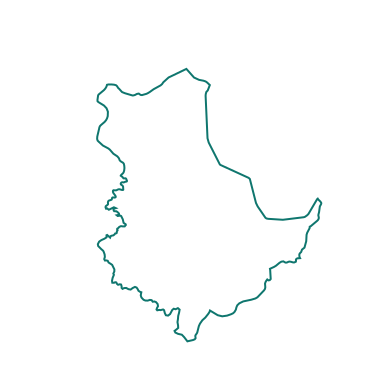 outline of Tambacounda, rotated 64°
{"feature_id": "SEN-779", "entity_name": "Tambacounda", "entity_type": "Region", "adm_level": 1, "iso_a3": "SEN", "parent_name": "Senegal", "parent_adm1": "", "projection": "natural_earth1", "projection_center": [-13.251, 14.045], "detail": "fine", "context": "isolated", "style": "outline", "palette": "teal", "viewbox_px": 384, "rotation_deg": 64, "n_neighbors": 0, "source": "natural_earth", "source_scale": "10m", "svg_char_len": 5083}
<svg xmlns="http://www.w3.org/2000/svg" viewBox="0 0 384 384"><g transform="rotate(64 192 192)"><path d="M291.3,115.3L292.0,118.4L293.8,120.2L294.3,121.7L295.0,122.8L296.4,123.5L297.8,123.9L298.8,123.9L298.3,125.2L297.9,126.0L297.8,126.7L298.0,127.8L298.6,128.4L299.5,128.7L300.2,129.3L300.1,131.1L299.6,132.0L297.9,133.9L297.2,135.0L297.0,136.1L297.0,137.4L296.7,138.5L296.1,139.2L294.4,140.3L293.8,142.2L294.0,144.4L295.1,148.9L295.3,151.1L295.2,155.6L296.3,155.9L304.7,159.4L305.3,160.8L304.9,162.1L303.6,162.7L304.3,164.1L305.2,165.4L306.3,166.5L309.8,167.9L311.1,168.9L312.0,170.4L315.3,179.3L315.5,181.6L314.8,185.9L312.8,193.9L312.8,198.3L313.7,201.0L315.2,202.7L316.9,204.1L318.4,206.3L319.0,208.2L319.0,210.4L318.5,214.6L317.0,219.3L314.0,222.9L306.4,227.8L307.6,229.0L308.8,231.1L310.7,235.1L311.8,238.9L313.8,242.5L315.5,244.6L320.6,248.9L321.2,249.7L322.0,251.2L322.5,251.9L323.5,252.4L324.3,252.6L325.0,252.9L325.6,254.1L325.5,256.0L324.2,261.6L318.9,262.7L315.8,263.7L313.4,266.7L311.0,268.6L309.2,268.6L308.7,266.1L308.1,264.0L305.8,263.0L302.6,262.1L300.0,260.3L297.3,258.7L294.9,256.6L292.3,254.7L290.2,255.6L290.2,258.1L288.9,259.6L289.4,261.5L292.1,265.2L292.6,267.7L291.3,269.5L288.9,269.5L286.0,268.9L284.9,269.5L284.4,272.0L283.6,273.2L283.1,275.1L282.1,275.4L281.0,274.4L279.7,272.6L277.6,272.0L275.2,272.6L273.9,273.8L273.4,275.4L271.5,275.7L270.5,277.2L270.2,279.4L269.1,281.5L267.6,282.8L264.7,283.7L262.5,283.4L261.2,282.5L259.9,281.5L258.9,282.5L257.3,283.4L255.4,283.4L253.6,283.7L252.3,284.9L252.3,287.4L252.8,289.9L251.5,291.7L249.4,293.2L248.6,295.1L248.6,296.9L247.3,297.3L245.9,296.6L244.1,296.3L243.3,297.3L243.0,299.1L241.7,299.7L240.1,299.7L239.4,300.6L239.4,301.9L238.6,303.4L236.7,302.8L234.3,300.9L232.2,298.5L230.9,298.5L229.3,296.6L227.5,295.7L222.5,295.7L220.9,296.6L218.8,297.9L216.9,297.9L216.1,298.8L215.4,300.3L213.8,300.3L212.2,298.8L209.8,297.9L207.2,297.6L205.9,297.6L203.3,298.7L199.4,300.0L197.6,299.5L195.9,297.2L195.5,294.5L195.6,291.3L195.3,288.7L193.4,287.8L193.4,287.1L197.1,285.6L196.0,284.5L196.1,283.1L196.5,281.7L196.2,280.3L195.6,279.2L195.9,278.3L195.9,277.8L195.5,277.4L194.8,277.0L194.2,276.6L194.0,275.9L193.7,275.6L193.2,275.6L192.5,275.6L192.2,275.2L192.1,274.3L191.9,273.6L191.5,272.7L191.5,271.1L191.9,270.2L192.6,269.3L193.4,267.6L192.6,265.9L191.8,265.8L190.9,266.4L189.7,267.0L186.3,266.2L182.6,266.2L181.8,266.8L181.0,269.3L179.9,269.8L180.5,267.5L179.3,267.1L177.5,267.7L176.2,268.4L175.8,269.1L175.2,270.3L174.4,270.5L173.3,270.2L172.8,269.4L173.1,267.6L171.5,268.9L171.5,274.5L169.4,275.6L169.4,276.5L168.3,276.5L167.8,276.4L167.1,275.9L166.8,275.2L166.7,274.5L166.5,273.6L166.3,273.0L165.9,272.7L164.6,272.2L163.7,271.5L163.4,270.9L163.3,270.3L163.5,269.1L163.6,268.5L163.6,267.6L163.3,267.2L162.8,266.8L162.3,266.4L162.1,265.9L162.2,265.5L163.0,264.2L163.2,263.7L163.2,263.0L162.9,262.7L162.4,262.5L161.2,262.6L159.0,263.0L158.5,263.1L157.9,263.1L157.3,263.0L156.8,262.8L156.2,262.4L156.0,261.9L156.1,261.5L156.4,261.1L156.7,260.7L156.9,260.2L157.1,259.8L157.3,259.2L157.3,258.6L157.3,257.9L157.3,257.3L157.4,256.8L157.6,256.3L157.8,255.9L159.5,254.0L159.7,253.6L159.9,253.1L159.8,252.8L159.5,252.6L158.6,252.3L157.3,251.7L156.8,251.6L156.2,251.6L155.7,251.7L155.3,251.9L154.5,252.4L154.0,252.6L153.4,252.5L152.8,251.9L152.6,251.3L152.6,250.7L152.8,250.2L153.0,249.8L153.4,249.3L153.5,249.1L153.5,248.8L153.5,247.8L153.8,246.7L153.9,246.1L153.7,245.7L153.3,245.5L152.3,245.5L151.3,245.4L150.9,245.5L150.5,245.8L150.3,246.3L150.1,246.8L149.9,247.3L149.6,247.6L149.1,247.7L148.1,247.9L147.3,248.3L146.1,248.9L145.9,248.7L145.5,247.8L144.9,245.8L144.4,244.9L142.9,243.5L140.8,242.2L138.5,241.3L136.6,240.9L135.4,241.2L133.6,242.4L132.5,242.9L131.6,243.1L130.0,242.9L129.1,243.0L127.2,243.5L123.1,245.9L117.9,247.3L116.2,248.1L111.2,251.7L105.9,253.8L104.4,254.3L102.7,254.0L100.6,252.8L94.1,247.5L93.3,246.9L92.4,245.8L91.9,244.4L90.7,239.8L89.8,237.8L88.6,236.1L86.9,234.5L83.0,232.4L79.3,232.1L75.7,233.2L70.2,236.7L69.0,237.1L67.8,236.6L64.1,234.1L63.5,233.3L61.8,226.4L61.0,224.5L59.8,222.7L58.4,221.4L58.7,220.0L60.3,216.8L61.4,215.0L62.7,213.5L63.6,213.1L64.6,212.9L65.8,212.8L66.3,212.7L67.2,212.3L71.4,211.1L71.8,210.8L73.9,208.9L79.2,203.1L79.4,202.6L79.6,201.9L79.8,200.6L79.7,198.7L80.1,196.9L80.2,196.7L80.6,196.5L81.4,196.1L82.2,195.6L82.6,195.1L83.0,194.3L83.8,189.9L83.8,188.2L83.6,186.1L82.8,181.4L82.4,173.5L81.9,171.6L80.8,169.7L78.8,162.8L78.9,143.1L90.0,140.0L94.3,136.5L97.0,132.9L98.6,131.3L100.0,130.5L103.7,129.1L107.6,133.3L108.4,135.3L110.0,136.7L111.5,137.6L150.5,154.5L154.9,155.3L179.5,154.9L180.5,154.3L204.0,135.0L204.8,134.6L205.7,134.3L229.9,139.3L233.8,139.3L247.3,137.3L248.4,136.7L249.5,135.3L256.8,122.5L263.6,102.8L263.8,101.9L263.8,101.1L263.4,98.7L262.8,97.0L253.3,82.7L253.1,81.9L254.1,81.8L256.9,80.8L258.3,80.6L259.1,80.9L259.8,81.7L261.0,83.4L265.9,86.7L267.5,88.1L268.4,88.7L270.5,89.2L271.5,89.8L272.3,90.9L272.7,91.9L274.8,100.3L274.8,101.4L276.1,102.2L279.1,106.3L280.7,107.8L286.3,110.9L291.3,115.3Z" fill="none" stroke="#0f766e" stroke-width="2"/></g></svg>